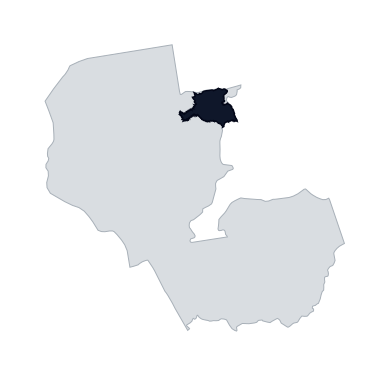 Mwinilunga, North-Western, Zambia (highlighted), rotated 81°
{"feature_id": "96606910B26185337086625", "entity_name": "Mwinilunga", "entity_type": "district", "adm_level": 2, "iso_a3": "ZMB", "parent_name": "Zambia", "parent_adm1": "North-Western", "projection": "robinson", "projection_center": [24.888, -12.156], "detail": "fine", "context": "in_parent", "style": "filled", "palette": "ink", "viewbox_px": 384, "rotation_deg": 81, "n_neighbors": 0, "source": "geoboundaries", "source_scale": "gbopen_adm2", "svg_char_len": 9261}
<svg xmlns="http://www.w3.org/2000/svg" viewBox="0 0 384 384"><g transform="rotate(81 192 192)"><path d="M256.6,265.1L239.8,265.2L233.6,266.7L228.6,269.0L222.5,272.6L219.0,275.1L218.1,276.5L217.6,279.6L217.6,284.3L216.9,287.7L215.1,290.8L206.0,294.6L200.0,297.7L194.1,301.4L189.7,306.1L186.6,312.0L181.6,319.2L171.1,332.1L165.0,334.5L159.9,334.0L153.7,331.3L148.9,330.8L145.2,332.5L141.9,331.9L138.8,329.2L136.3,328.2L134.2,329.0L131.5,328.8L126.7,327.4L122.5,322.7L120.2,320.8L118.4,320.1L113.4,319.4L101.9,318.3L89.9,320.6L79.3,322.9L68.6,312.7L58.2,301.8L56.0,299.0L52.1,295.4L49.3,293.6L48.2,292.7L45.4,283.0L43.8,274.2L43.5,188.6L90.8,188.6L93.8,188.3L94.0,187.3L91.8,182.8L91.9,181.2L92.5,178.1L94.5,171.9L94.7,169.8L93.7,163.1L93.8,159.3L94.3,151.7L94.0,149.1L95.1,145.7L95.5,143.4L95.9,142.4L95.4,139.8L94.4,130.8L93.9,127.0L96.7,127.6L97.7,129.4L98.2,131.5L99.5,131.6L102.9,132.8L104.0,134.5L104.8,138.1L104.3,139.9L103.3,141.5L104.4,142.8L106.6,143.7L107.9,143.4L111.7,140.9L115.2,140.0L117.0,139.4L124.9,137.7L126.4,136.9L127.5,136.9L128.3,137.6L127.6,140.1L127.3,142.4L128.3,146.7L129.0,148.7L130.7,150.2L131.8,151.0L133.2,152.5L135.9,152.2L141.9,154.4L143.7,155.5L146.2,156.5L148.0,156.8L154.2,157.6L160.7,158.8L164.1,159.0L166.5,158.6L168.2,158.0L169.2,157.3L169.7,156.7L172.1,148.5L173.4,147.9L175.0,147.5L176.0,148.2L177.0,153.4L181.7,158.0L183.3,162.0L184.5,165.3L185.5,166.2L187.3,167.4L190.2,167.8L192.7,167.9L205.4,173.6L206.8,174.6L208.3,177.7L209.3,181.1L210.3,183.9L211.9,184.4L213.4,184.6L214.8,186.4L215.9,188.1L219.6,194.8L220.1,197.5L222.0,199.3L224.4,200.0L226.7,200.1L228.0,199.3L231.3,197.9L233.8,196.4L235.7,195.8L236.8,196.1L237.6,197.2L238.1,200.6L239.9,201.7L241.2,201.3L241.8,200.0L241.8,199.3L241.9,164.1L240.8,164.4L239.3,165.4L235.9,165.5L234.6,166.3L234.2,167.4L234.5,168.8L234.5,170.8L234.0,171.8L232.6,172.1L230.4,171.4L226.6,170.4L223.3,169.7L221.0,167.1L217.9,163.1L215.9,161.1L211.0,157.0L210.1,156.2L208.6,154.2L207.3,150.9L206.1,147.1L205.5,144.7L206.7,141.0L209.6,128.8L210.3,125.0L212.7,121.1L212.9,117.7L211.9,113.3L212.2,110.8L212.6,96.9L211.9,92.5L210.3,87.6L206.8,80.8L206.8,79.3L212.3,74.9L213.9,73.2L216.8,69.7L218.7,66.6L220.0,64.1L220.4,60.9L219.5,57.9L221.4,57.3L266.7,49.5L267.4,51.6L268.7,55.0L270.3,57.6L272.2,59.8L273.9,61.2L275.0,61.6L282.0,61.4L284.5,62.8L286.6,64.5L287.2,67.2L288.6,68.9L290.1,70.2L290.8,70.3L292.0,70.0L293.8,70.0L295.6,70.5L296.4,71.1L296.5,73.4L297.0,74.4L299.3,74.8L301.7,74.9L304.1,76.4L306.6,76.7L309.5,77.3L310.8,79.0L313.9,80.6L317.7,82.1L321.8,84.6L321.9,85.4L322.6,86.8L323.3,87.9L323.4,89.4L323.7,90.8L324.8,91.2L325.7,91.3L326.5,90.3L327.6,90.3L328.8,90.9L329.2,92.6L330.2,94.8L331.7,96.3L332.7,97.8L332.4,100.4L331.7,102.9L333.8,105.3L336.5,107.5L337.2,108.5L337.4,111.9L337.8,113.1L339.6,115.9L340.5,117.8L340.4,118.8L335.4,124.4L332.4,125.3L331.0,126.4L330.2,127.6L332.2,133.2L333.2,135.3L332.3,137.9L330.3,142.4L329.4,142.8L329.2,146.2L329.8,147.4L330.8,148.4L331.1,150.7L331.0,156.4L329.7,162.9L331.9,168.6L332.7,169.2L335.7,169.2L336.3,169.7L335.5,171.3L333.3,173.8L329.4,175.8L323.7,177.9L322.6,180.0L321.8,182.9L322.4,184.7L323.1,185.7L322.9,188.3L322.4,191.0L322.5,193.2L322.2,195.1L321.5,196.0L320.5,198.9L319.3,201.8L318.3,203.1L316.9,204.5L314.6,205.7L314.7,206.3L317.2,207.6L317.8,208.5L318.1,209.2L317.0,210.6L318.1,211.5L319.6,212.3L320.9,214.2L322.4,217.8L322.7,218.2L323.1,218.2L324.0,217.8L325.5,216.4L326.7,215.8L328.0,217.9L304.4,226.9L298.9,228.7L290.6,231.9L287.9,233.1L285.7,234.3L263.8,241.3L260.4,242.6L252.6,246.2L252.3,246.8L252.4,248.4L253.1,251.8L254.4,254.9L255.5,256.6L256.2,261.1L256.6,265.1Z" fill="#d9dde1" stroke="#a8b0b8" stroke-width="1"/><path d="M96.8,141.8L97.0,142.4L96.3,142.9L95.9,143.0L95.4,143.6L95.4,144.2L95.3,144.5L95.3,144.8L95.6,145.3L95.7,146.1L95.1,147.5L94.8,147.8L94.7,148.2L94.3,148.7L94.1,149.6L93.9,149.6L93.7,149.8L94.1,150.2L94.1,150.7L94.4,150.9L94.5,151.4L94.6,152.3L94.8,152.6L94.8,153.2L95.1,153.5L95.1,154.2L95.3,154.7L95.2,155.1L94.8,155.3L94.4,156.3L94.4,159.7L94.2,161.8L94.4,164.6L94.7,165.0L94.8,165.7L95.8,166.5L96.4,167.5L96.2,168.0L96.5,168.6L95.9,169.3L96.3,169.5L96.8,170.1L96.4,172.0L95.6,172.4L94.3,174.3L94.9,174.1L95.4,174.2L96.5,174.1L97.3,173.8L98.2,174.0L98.1,174.7L98.5,175.7L98.5,176.7L99.4,176.4L100.6,175.8L102.4,174.5L102.9,174.8L103.0,175.4L103.3,175.6L103.7,175.5L104.6,174.7L104.8,174.9L105.3,174.3L105.6,174.2L105.6,174.4L105.8,174.4L105.7,174.7L106.1,174.9L106.3,175.4L106.7,175.6L106.6,175.8L106.9,175.6L107.1,175.8L107.3,175.7L107.3,176.1L107.5,176.2L107.8,176.4L107.8,176.6L108.3,176.6L108.1,176.6L108.0,176.9L108.4,176.9L108.6,176.7L108.8,177.0L108.6,177.2L108.8,177.3L108.7,177.6L109.2,177.9L109.3,177.8L109.4,178.2L109.6,178.4L109.8,178.2L109.7,178.6L109.9,178.6L110.2,179.0L110.2,179.7L110.7,179.6L110.5,179.8L110.5,180.4L110.8,180.6L110.8,180.8L110.5,180.9L110.9,181.1L110.8,181.3L111.0,181.4L110.9,181.6L111.2,181.9L111.3,182.2L111.0,182.3L111.5,182.7L111.4,183.1L111.7,183.4L111.4,183.5L111.7,183.8L111.7,184.0L111.9,183.7L112.3,183.9L112.4,184.7L112.3,184.8L112.5,185.2L112.9,185.3L112.9,185.9L113.3,186.3L113.1,186.4L113.2,186.9L113.0,187.1L113.4,187.3L113.1,187.4L113.2,188.1L113.5,188.2L113.4,188.4L112.9,188.2L112.9,188.9L112.2,189.0L111.9,190.0L111.7,190.1L111.4,190.3L111.5,190.3L111.4,190.2L111.3,190.6L110.9,190.9L110.9,191.0L111.1,191.1L110.9,191.3L111.2,191.4L111.1,191.6L111.6,191.9L111.9,191.7L111.7,191.5L112.2,191.5L112.0,191.2L112.4,191.1L112.4,191.6L113.1,192.2L113.2,191.7L113.5,191.8L113.5,192.0L113.8,191.9L113.4,191.3L113.9,191.1L114.7,191.2L115.1,191.0L115.2,190.7L115.1,190.4L115.5,190.2L115.8,190.1L116.2,190.3L116.2,190.6L116.4,190.6L116.6,190.5L116.7,189.9L117.2,189.6L117.4,190.0L118.0,189.8L118.6,190.3L118.6,189.8L119.0,189.7L119.3,189.2L119.5,189.3L119.7,189.1L120.0,189.3L120.0,188.9L120.3,188.8L120.5,189.0L120.4,188.5L120.1,188.4L120.3,188.0L119.6,187.9L119.9,187.3L120.1,187.3L120.1,187.6L120.3,187.4L120.5,187.5L120.5,187.3L120.3,187.1L120.4,186.7L120.0,186.6L120.3,186.2L119.5,185.8L120.1,185.4L120.4,185.6L120.7,185.4L120.6,185.2L120.2,185.3L120.4,184.7L119.9,184.7L120.0,184.3L119.7,184.3L119.7,184.0L119.5,184.4L119.3,184.3L119.1,184.5L119.1,184.2L118.9,184.2L118.9,183.9L118.6,183.8L118.8,183.5L118.4,183.0L118.8,182.8L118.4,182.7L117.8,182.3L118.1,181.6L118.3,181.6L117.8,181.4L117.9,181.2L117.8,180.8L117.5,180.9L117.2,180.6L117.3,180.4L117.1,180.1L116.9,180.2L117.0,179.9L116.9,179.8L117.1,179.5L117.0,179.3L116.8,179.4L116.7,179.4L116.9,178.9L116.7,178.9L116.7,178.6L116.6,178.8L116.3,179.4L116.2,179.0L116.0,178.7L115.9,178.9L115.6,178.7L115.6,178.4L115.8,178.5L116.0,178.4L115.8,178.3L115.8,178.1L115.8,177.7L116.0,177.6L115.7,177.5L115.9,177.3L115.9,177.1L116.0,176.9L116.4,177.0L116.2,176.8L116.6,176.3L116.7,176.5L117.0,176.4L116.6,176.2L116.8,176.0L116.7,175.7L117.1,176.0L116.9,175.8L117.1,175.6L117.1,175.3L116.7,174.9L116.7,174.6L117.2,174.9L117.0,174.5L117.3,174.4L117.2,174.1L117.4,173.7L117.7,173.6L117.7,173.3L117.8,173.5L118.0,173.4L118.1,173.1L118.4,173.2L118.5,173.0L119.1,172.8L119.9,171.9L120.4,171.9L120.6,171.7L120.9,171.1L121.8,171.0L122.1,170.1L122.6,169.9L123.1,169.4L123.4,167.9L123.7,167.9L123.7,167.5L123.9,167.6L124.5,167.1L124.5,166.5L124.9,166.1L125.1,165.3L124.9,165.0L124.5,165.0L124.5,164.7L125.0,164.0L124.9,164.0L125.0,163.8L124.8,163.4L125.0,163.3L124.8,163.2L124.4,162.2L125.0,161.5L124.9,160.8L125.0,160.5L124.9,160.3L125.0,160.3L125.0,159.9L125.4,159.8L125.5,159.5L125.3,159.1L125.4,158.9L125.3,158.5L125.4,158.3L125.6,158.3L125.5,158.2L125.8,157.4L126.1,157.2L126.1,156.7L126.5,156.5L126.8,156.0L127.2,155.7L127.7,155.5L127.9,155.1L128.2,155.1L128.2,154.6L128.6,154.4L128.8,154.2L128.7,153.8L129.4,152.9L131.0,152.2L131.8,151.3L132.8,151.6L132.3,150.3L131.4,150.1L130.7,150.1L130.0,149.4L128.6,148.7L128.4,147.5L127.9,147.1L128.1,146.2L127.6,145.7L127.9,145.5L128.1,145.7L128.6,145.0L128.1,145.0L128.0,144.8L127.9,143.2L127.7,143.1L127.8,142.7L127.5,142.2L127.3,141.0L127.4,140.9L127.9,141.0L128.1,140.7L128.0,140.3L128.2,140.2L127.8,140.0L127.6,139.6L128.8,138.8L128.2,138.2L128.7,137.9L128.6,137.4L129.2,136.4L128.8,136.5L128.3,136.2L127.9,136.3L127.0,136.8L126.6,136.8L126.2,137.2L125.5,137.3L125.4,137.5L123.9,137.6L123.2,138.1L122.7,138.0L121.8,138.2L121.5,138.0L121.0,138.1L120.9,137.8L120.2,138.0L119.6,138.0L119.3,138.3L118.3,138.2L117.9,138.7L116.9,138.4L116.8,138.5L116.8,139.0L116.2,139.3L115.7,139.3L114.9,139.7L114.6,139.5L113.8,139.5L113.3,139.8L113.5,140.3L112.4,140.4L112.3,140.6L111.8,140.9L111.5,141.3L111.0,142.3L109.8,142.9L109.7,143.1L110.1,143.3L110.4,144.1L110.7,144.2L110.6,144.7L111.0,145.5L111.0,146.2L111.3,146.6L111.2,146.9L110.8,147.1L110.7,147.0L110.7,147.3L110.5,147.2L110.5,147.4L110.2,147.4L110.3,147.8L110.1,147.5L109.9,147.6L109.9,147.8L109.6,148.1L109.1,147.9L109.1,148.2L108.9,148.3L108.5,148.2L108.5,148.6L108.0,148.4L107.8,147.3L108.0,146.5L107.7,145.8L107.5,145.7L107.3,145.8L107.0,145.7L106.9,146.1L106.5,145.9L106.1,146.2L105.8,146.1L105.4,146.1L105.2,146.0L104.9,146.0L104.6,145.8L104.3,145.9L103.9,145.7L103.1,145.8L103.0,146.1L102.6,146.1L102.3,145.7L102.2,145.8L101.0,145.3L100.4,143.9L99.9,143.4L99.8,142.8L99.2,142.5L99.2,142.3L98.6,141.7L98.1,141.4L97.4,141.4L96.8,141.8Z" fill="#0f172a" stroke="#020617" stroke-width="1.5"/></g></svg>